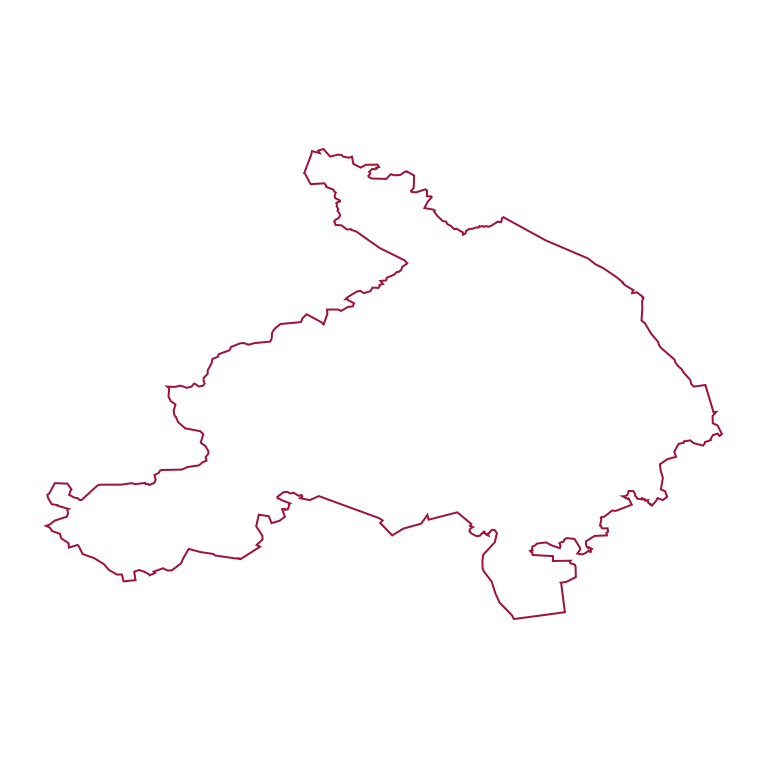 Sēmes pag., Tukums, Latvia
{"feature_id": "27541924B50458338547666", "entity_name": "Sēmes pag.", "entity_type": "district", "adm_level": 2, "iso_a3": "LVA", "parent_name": "Latvia", "parent_adm1": "Tukums", "projection": "natural_earth1", "projection_center": [23.096, 57.072], "detail": "fine", "context": "isolated", "style": "outline", "palette": "rose", "viewbox_px": 768, "rotation_deg": 0, "n_neighbors": 0, "source": "geoboundaries", "source_scale": "gbopen_adm2", "svg_char_len": 6093}
<svg xmlns="http://www.w3.org/2000/svg" viewBox="0 0 768 768"><path d="M330.1,156.6L323.5,149.0L318.3,150.6L319.7,153.1L312.0,151.1L311.2,154.8L304.2,173.2L304.8,173.3L310.6,184.2L324.3,183.3L326.1,185.6L326.1,186.8L333.4,189.7L334.0,191.3L335.8,192.6L334.6,195.8L335.0,198.0L340.0,200.5L339.8,201.7L337.6,202.1L336.3,203.1L337.0,205.0L336.6,206.3L338.2,209.0L337.5,210.7L339.8,214.2L340.0,215.8L338.8,217.9L335.3,219.9L334.1,221.6L334.7,222.0L335.5,224.9L341.6,225.4L346.9,229.5L351.0,229.2L351.4,229.9L356.1,231.4L379.8,248.1L404.5,260.3L407.3,263.2L406.9,263.7L402.2,266.9L401.3,269.9L398.8,271.8L396.8,272.0L394.1,274.7L386.7,277.7L386.6,279.5L385.7,280.5L380.4,280.9L382.9,284.0L379.6,284.8L379.6,286.1L378.4,287.9L372.5,287.6L370.4,291.2L363.9,293.1L360.3,290.9L356.9,291.5L347.7,297.1L345.5,299.2L347.6,299.2L348.0,300.2L354.0,303.2L352.8,306.4L348.1,306.9L340.8,311.0L339.5,310.0L337.2,309.5L327.0,309.6L327.4,314.0L323.6,324.5L321.4,322.2L306.6,314.3L302.6,318.1L300.9,322.1L280.5,324.0L275.0,328.4L272.6,331.6L272.0,333.8L271.7,338.6L270.2,341.6L254.6,343.1L248.5,344.7L243.6,343.0L239.9,343.4L231.2,346.9L229.4,350.3L218.7,354.2L217.7,356.9L212.5,358.9L211.5,363.4L207.7,370.3L207.7,373.8L203.7,377.9L203.5,380.3L204.6,383.5L203.2,385.6L198.7,386.5L194.8,383.7L193.8,383.9L191.4,386.7L186.8,387.8L180.5,385.7L174.7,386.9L167.2,386.6L169.2,388.2L168.5,396.7L170.7,401.1L175.5,404.4L173.6,411.0L174.6,415.8L175.8,416.7L178.2,422.3L185.4,428.4L200.2,431.2L203.3,434.1L200.7,442.7L205.7,446.3L208.6,451.9L207.9,454.4L205.6,457.1L206.5,460.7L202.7,462.2L198.9,465.4L187.6,467.0L181.7,469.6L161.5,470.0L160.0,470.7L158.7,472.9L154.4,475.1L155.7,479.8L154.2,483.0L149.2,485.0L148.0,483.9L145.5,484.0L145.2,482.9L134.7,484.2L132.0,483.1L120.9,484.7L99.9,484.7L97.3,485.6L81.7,499.9L79.9,500.1L77.5,498.1L74.3,497.6L69.1,494.8L70.5,490.7L71.5,489.5L67.4,483.6L54.8,483.2L49.3,493.4L47.4,494.8L48.1,498.1L51.8,504.3L57.4,505.0L57.3,505.6L68.5,508.9L67.3,509.3L68.0,513.3L66.9,516.7L54.7,520.6L49.5,524.7L46.1,525.9L49.8,527.7L52.1,531.0L59.9,533.8L61.3,538.4L68.6,543.2L68.9,547.6L77.5,545.0L78.6,545.9L82.6,554.0L94.2,558.2L103.8,564.1L109.0,570.0L116.8,574.5L121.9,574.5L123.4,580.9L123.9,581.4L135.5,580.1L134.2,571.7L139.1,570.0L144.2,571.7L149.0,574.3L149.6,575.3L155.2,572.9L153.7,571.6L162.9,568.3L167.7,570.5L171.7,570.4L181.0,563.5L183.1,558.6L188.7,548.9L200.6,552.1L213.5,554.0L215.2,555.5L235.4,558.4L239.0,558.4L238.8,558.8L240.6,559.1L260.0,546.7L256.6,545.0L262.6,539.4L262.3,535.6L256.2,526.3L258.8,514.7L268.8,516.2L271.6,523.1L279.5,520.8L284.9,516.7L282.1,509.1L284.6,508.8L284.9,509.8L287.7,509.4L289.0,505.9L288.9,504.5L290.3,503.5L281.0,499.9L279.1,498.5L277.7,498.4L277.3,496.9L283.7,492.1L287.6,491.9L290.1,493.5L293.7,492.8L298.6,495.8L301.7,495.1L302.3,496.5L300.2,498.2L309.9,500.1L318.8,496.1L379.0,518.1L382.6,520.4L380.3,523.0L392.2,535.4L403.6,528.5L421.1,523.7L427.4,514.9L428.6,519.7L457.3,512.3L471.3,524.0L470.0,525.8L472.9,527.1L470.7,528.2L469.7,529.5L469.5,531.4L471.6,533.6L476.4,536.1L479.8,535.8L483.9,531.5L484.5,531.7L484.6,532.4L483.7,532.7L484.2,533.3L486.3,533.8L486.4,534.8L488.5,535.6L487.6,533.9L490.0,532.3L490.5,531.0L492.1,529.8L494.7,530.1L496.9,533.1L494.8,542.3L483.3,554.6L482.4,560.4L482.6,568.4L483.9,571.5L491.6,581.5L495.4,593.3L499.6,602.7L511.8,615.1L513.9,619.0L549.5,614.3L564.9,612.2L561.2,583.5L560.7,582.7L566.3,581.9L575.8,577.1L575.6,567.0L574.8,564.6L570.5,563.3L569.8,561.7L570.6,560.7L552.9,561.0L553.0,556.1L532.6,555.0L532.4,553.3L530.2,551.0L532.7,550.5L531.9,549.2L532.5,546.4L535.2,545.4L536.9,543.6L546.0,542.4L551.0,545.1L559.8,548.2L560.5,545.6L559.4,543.3L560.9,542.3L563.1,542.0L564.0,541.1L564.2,539.6L566.5,538.1L570.8,538.5L574.5,538.9L580.1,548.1L580.2,549.6L577.3,553.6L582.0,554.4L585.3,553.2L588.5,550.8L590.2,552.0L591.0,551.7L590.5,549.9L591.9,548.9L588.9,547.2L588.1,548.2L586.5,546.3L585.9,544.2L586.0,541.3L594.6,535.9L607.0,535.4L606.4,532.8L608.1,531.7L607.6,528.3L602.7,528.4L601.4,527.7L601.2,526.2L600.0,525.6L601.3,519.8L600.8,517.4L604.6,516.5L612.1,510.5L615.8,510.9L631.8,504.7L628.5,498.3L627.6,498.9L622.7,496.3L625.6,496.1L627.5,494.7L628.7,491.0L633.3,491.1L635.3,494.3L634.9,495.2L635.2,496.0L636.8,497.4L637.3,498.7L640.6,499.1L641.9,498.0L642.6,498.4L642.3,499.4L644.8,499.1L644.9,500.1L644.1,500.6L647.2,500.3L646.6,500.8L647.9,501.1L648.5,503.2L650.1,503.7L650.2,504.7L651.6,505.5L652.2,505.5L652.2,504.5L653.3,504.1L656.4,500.5L657.5,498.1L662.8,500.1L667.2,496.9L665.1,491.3L660.9,489.4L662.9,477.9L660.7,470.7L659.9,464.3L667.3,459.2L676.1,456.8L674.2,451.7L678.7,443.8L683.7,442.8L683.8,441.4L690.3,440.4L693.6,443.1L703.1,445.6L704.7,443.4L704.9,442.1L710.9,440.0L710.6,439.1L712.9,435.1L717.7,433.6L719.5,435.9L721.9,434.2L717.6,425.4L712.8,423.3L712.6,416.0L716.1,411.9L713.5,412.2L705.4,385.0L693.6,386.6L691.0,383.5L690.3,379.9L684.6,373.8L681.2,368.7L677.7,365.7L675.4,362.4L674.5,359.6L660.4,347.3L658.6,344.2L658.2,342.0L651.3,333.9L644.8,323.1L641.5,320.5L642.3,308.6L642.1,301.2L643.4,297.9L642.5,297.6L642.8,296.8L636.8,292.3L632.1,293.2L632.6,290.7L633.4,290.1L625.7,285.6L622.7,283.2L623.1,282.5L615.6,276.5L603.5,268.3L595.5,264.3L588.1,258.5L545.7,240.4L503.4,217.2L502.0,218.1L501.4,221.7L500.9,222.1L497.7,221.7L491.0,225.9L488.2,226.8L486.3,226.1L483.9,226.8L482.9,226.0L481.4,226.5L479.4,226.1L479.1,227.2L478.1,227.6L476.0,227.4L472.9,228.7L469.0,229.0L466.0,231.0L465.5,233.5L462.9,234.7L462.8,232.4L456.5,228.7L454.4,229.3L450.6,225.8L447.3,224.1L446.1,221.6L442.9,221.1L437.5,216.1L434.2,211.7L434.8,210.5L432.8,209.5L424.4,208.0L427.8,201.6L431.7,197.2L431.3,196.5L426.9,196.1L427.0,190.5L425.4,189.3L416.3,192.3L411.6,192.0L411.0,191.0L413.7,187.9L414.1,175.6L407.2,171.5L406.8,172.0L405.4,171.4L400.4,174.9L394.3,175.3L390.7,174.2L386.4,178.9L371.7,178.5L368.9,177.0L368.3,176.0L370.1,174.1L370.2,173.1L369.2,171.9L372.1,168.9L375.6,169.3L376.9,168.3L376.4,167.6L379.1,167.0L377.4,164.6L366.0,164.8L360.7,167.6L353.3,163.8L352.0,156.7L349.0,157.7L343.1,156.6L341.6,155.0L338.1,154.6L330.1,156.6Z" fill="none" stroke="#9f1239" stroke-width="2"/></svg>